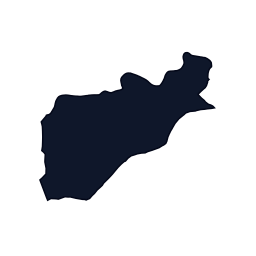 the district of Gouette, Micoud, Saint Lucia, rotated 340°
{"feature_id": "8701671B72439737760091", "entity_name": "Gouette", "entity_type": "district", "adm_level": 2, "iso_a3": "LCA", "parent_name": "Saint Lucia", "parent_adm1": "Micoud", "projection": "orthographic", "projection_center": [-60.939, 13.806], "detail": "fine", "context": "isolated", "style": "filled", "palette": "ink", "viewbox_px": 256, "rotation_deg": 340, "n_neighbors": 0, "source": "geoboundaries", "source_scale": "gbopen_adm2", "svg_char_len": 4101}
<svg xmlns="http://www.w3.org/2000/svg" viewBox="0 0 256 256"><g transform="rotate(340 128 128)"><path d="M55.7,88.1L54.9,89.0L53.3,89.9L48.6,92.6L48.4,95.0L48.1,97.3L46.8,101.5L44.8,107.4L43.0,112.0L41.3,116.2L39.3,119.8L40.6,122.1L41.3,124.4L38.9,130.0L38.3,131.6L37.3,137.9L35.6,142.2L35.3,143.1L30.3,145.6L27.5,146.7L27.7,165.3L27.8,168.4L30.5,168.0L31.5,167.9L36.3,169.9L37.9,170.8L38.3,171.0L45.3,171.0L47.4,172.0L48.1,172.3L50.4,173.1L51.4,173.8L55.4,176.4L60.9,179.5L63.3,180.5L64.0,181.3L65.2,181.2L67.8,181.1L71.2,179.2L74.2,177.9L77.8,175.7L81.8,174.1L84.3,173.0L86.1,171.5L89.8,169.8L92.2,168.7L95.2,167.2L97.7,165.9L100.4,164.3L103.3,162.6L104.2,162.1L105.2,161.5L109.4,159.5L112.8,158.2L114.3,158.2L117.7,156.3L121.4,155.2L123.4,155.3L125.2,155.4L127.7,155.4L132.0,156.1L135.6,157.2L137.4,157.0L138.5,156.9L143.1,157.1L150.5,157.1L154.1,156.3L155.2,156.2L155.9,156.1L158.2,155.4L160.0,153.6L160.7,152.5L162.5,149.9L163.8,148.6L164.1,148.2L166.3,146.1L167.0,145.4L169.0,143.8L170.1,142.8L170.6,142.4L173.8,139.7L176.9,137.9L178.9,136.7L180.7,136.1L184.1,134.9L185.4,134.5L187.3,133.6L190.1,133.6L191.8,133.6L197.1,135.0L198.4,135.0L202.6,135.5L206.3,136.5L209.3,137.1L213.1,138.1L216.1,138.6L215.6,137.4L215.1,136.4L213.6,134.7L211.7,133.3L210.6,131.6L209.6,130.0L209.1,128.3L207.3,125.2L205.8,121.8L205.4,121.0L205.6,120.1L209.3,118.4L212.2,117.2L214.2,116.5L216.2,115.0L218.4,112.2L218.7,111.2L220.7,110.0L220.5,109.8L220.3,109.5L220.2,108.8L220.2,108.3L220.3,107.8L220.5,107.1L221.2,105.5L221.7,104.4L222.2,103.4L222.9,102.5L223.0,102.2L223.7,101.4L224.7,100.4L225.4,99.9L226.0,99.6L227.4,99.0L227.6,98.6L227.9,97.8L228.2,96.5L228.5,95.4L228.5,94.9L228.4,94.1L228.0,92.8L227.3,91.6L226.3,90.2L226.0,89.8L225.5,89.3L224.4,88.2L222.9,87.5L221.5,86.6L220.6,86.2L219.3,85.4L217.7,84.5L215.9,83.5L215.6,83.3L214.8,82.9L213.4,82.1L213.1,81.9L211.9,80.7L211.2,79.2L210.9,78.8L209.9,77.7L209.1,77.3L208.6,77.2L207.8,77.0L207.0,77.1L206.1,77.5L205.3,78.3L204.8,79.0L204.4,79.5L203.9,81.0L203.7,82.2L203.6,83.9L203.3,85.0L203.2,85.5L202.9,86.4L202.0,87.5L201.8,87.7L201.2,88.3L200.6,88.8L200.1,89.2L199.4,89.7L198.7,90.2L198.2,90.4L197.9,90.5L196.4,90.8L194.9,90.9L194.4,90.9L193.3,90.8L192.4,90.5L190.1,90.0L189.2,89.7L188.5,89.5L187.6,89.2L186.2,88.9L185.6,88.8L184.4,89.0L183.2,89.6L182.8,89.9L182.4,90.2L181.7,90.8L181.3,91.1L181.1,91.3L180.7,91.8L179.7,93.1L179.0,94.0L178.0,94.9L177.7,95.3L176.9,96.0L176.1,96.7L175.6,97.1L174.9,97.6L174.3,98.0L173.9,98.3L173.0,98.8L172.5,99.0L172.2,99.1L171.8,99.1L171.4,99.0L169.4,98.4L168.0,97.8L166.9,97.1L166.2,96.5L165.9,96.3L165.0,95.2L164.5,94.6L164.2,94.0L163.5,92.8L163.2,92.2L162.9,91.5L162.6,90.9L162.1,90.1L161.1,88.6L160.4,87.9L160.0,87.4L159.4,86.7L158.9,86.3L158.1,85.4L157.9,85.2L156.4,83.6L155.4,82.7L154.3,81.6L153.2,80.7L152.0,79.7L151.7,79.6L151.5,79.3L150.2,78.3L149.3,77.5L149.0,77.3L147.3,76.6L146.7,76.4L145.8,76.2L144.8,76.2L143.7,76.4L143.1,76.5L141.9,77.0L141.3,77.3L140.3,77.8L139.9,78.0L139.3,78.4L138.2,79.5L137.8,80.4L137.6,80.8L137.5,81.1L137.2,82.7L137.0,84.3L136.7,85.9L136.8,86.8L136.8,87.1L136.8,87.6L136.8,88.3L136.7,88.5L136.4,89.3L135.3,89.6L134.0,89.7L133.0,89.6L131.1,89.3L129.9,89.2L129.3,89.1L128.6,89.1L127.3,89.2L125.7,89.2L125.2,89.2L124.2,89.2L123.0,88.5L122.2,88.0L121.1,87.0L120.8,86.8L119.8,86.0L119.0,85.5L118.5,85.5L117.7,85.4L116.9,85.5L115.4,85.9L114.6,86.2L114.2,86.4L113.7,86.6L113.3,86.7L112.4,86.9L111.8,86.9L111.4,86.7L110.7,86.5L109.8,86.2L109.5,86.1L108.7,85.8L107.6,85.4L105.4,84.7L103.5,84.2L103.1,84.1L102.5,83.9L101.7,83.8L101.3,83.8L100.3,83.5L99.6,83.3L98.9,83.2L97.6,82.9L96.3,82.6L95.3,82.4L94.2,82.1L93.1,81.7L91.2,80.8L91.0,80.7L89.9,80.3L88.4,79.6L87.7,79.3L87.2,79.0L86.3,78.6L85.4,78.1L85.0,77.9L83.6,77.1L82.6,76.6L81.3,76.0L80.9,75.8L80.5,75.7L78.6,75.2L78.3,75.1L76.9,74.8L75.8,74.8L75.2,74.7L74.0,74.9L73.5,75.0L72.3,75.7L72.0,75.8L71.4,76.4L70.2,77.4L69.4,78.2L68.2,79.9L67.3,81.4L66.4,82.8L65.4,83.8L64.8,84.3L63.9,85.0L63.0,85.8L62.3,86.3L61.0,87.4L59.6,88.1L58.9,88.3L58.2,88.4L57.1,88.2L56.4,88.2L55.7,88.1Z" fill="#0f172a" stroke="#020617" stroke-width="1.5"/></g></svg>